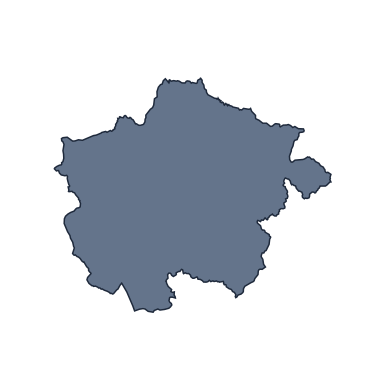 outline of Bealanana, Sofia, Madagascar, rotated 336°
{"feature_id": "10022922B56468572037030", "entity_name": "Bealanana", "entity_type": "district", "adm_level": 2, "iso_a3": "MDG", "parent_name": "Madagascar", "parent_adm1": "Sofia", "projection": "robinson", "projection_center": [48.911, -14.561], "detail": "fine", "context": "isolated", "style": "filled", "palette": "slate", "viewbox_px": 384, "rotation_deg": 336, "n_neighbors": 0, "source": "geoboundaries", "source_scale": "gbopen_adm2", "svg_char_len": 6000}
<svg xmlns="http://www.w3.org/2000/svg" viewBox="0 0 384 384"><g transform="rotate(336 192 192)"><path d="M57.9,199.6L58.4,201.5L58.8,201.9L59.8,202.0L60.8,204.3L61.8,205.2L62.8,207.3L63.3,210.2L64.2,211.9L64.8,211.9L65.4,217.4L66.4,219.8L65.6,221.7L65.9,223.3L66.6,224.7L66.5,225.5L61.9,227.6L60.3,229.5L60.7,233.6L62.5,237.0L63.4,237.3L63.7,238.2L65.5,238.7L67.2,240.6L67.6,241.7L68.8,242.1L69.5,243.8L70.6,244.1L71.9,246.0L74.2,248.2L75.9,250.4L76.0,251.4L77.1,251.8L78.1,253.0L79.1,252.9L83.4,250.8L84.8,250.6L88.3,247.9L90.7,246.7L91.8,256.8L91.6,271.9L91.2,277.3L96.4,277.7L99.8,278.6L101.5,279.8L103.4,283.2L107.6,286.0L109.3,284.9L113.2,285.0L114.7,286.8L119.1,288.1L123.5,288.8L125.6,288.2L127.6,287.0L127.8,285.4L126.9,283.8L126.8,281.9L128.6,279.4L129.6,279.3L131.3,280.1L133.7,282.1L134.0,281.0L133.8,278.7L135.2,276.1L133.4,275.8L132.2,274.4L133.7,272.8L131.8,268.6L131.7,264.8L132.1,263.5L131.8,262.9L133.2,261.7L135.0,261.0L136.1,257.6L137.8,256.7L139.0,257.2L139.6,258.6L139.5,259.7L140.6,261.6L143.5,261.3L144.3,260.7L144.5,259.5L145.1,259.3L147.8,259.2L148.6,259.7L150.9,258.4L151.7,259.1L151.8,259.5L151.0,262.5L151.1,263.2L152.8,263.0L154.2,264.5L155.8,265.1L156.8,267.4L156.5,269.0L157.5,271.0L158.7,271.6L161.9,271.6L162.2,272.0L162.0,274.1L164.1,275.3L165.4,277.2L166.0,279.0L168.3,280.1L170.0,280.4L171.9,279.7L172.7,281.5L175.0,281.7L175.7,282.7L178.3,283.3L178.8,284.3L180.1,284.9L180.4,285.5L184.2,286.4L184.2,287.3L183.6,288.6L183.8,289.9L184.5,289.9L185.3,290.7L184.8,292.5L186.6,295.5L188.1,296.8L188.6,298.4L188.5,299.3L189.9,301.0L190.3,303.7L189.0,305.1L189.0,306.3L190.2,306.2L192.2,304.9L195.3,305.2L197.3,304.6L198.3,304.0L199.7,301.3L201.9,299.6L209.0,298.8L211.4,298.8L212.6,298.4L214.1,296.7L218.7,294.3L220.5,291.0L221.6,290.2L222.8,290.2L224.7,291.2L228.6,290.4L228.0,287.2L229.3,282.3L228.9,279.2L229.7,277.9L231.3,276.2L232.8,276.9L234.5,275.6L235.9,275.6L241.1,271.2L243.8,266.7L245.4,265.4L245.5,264.8L244.8,263.8L245.2,262.2L242.5,258.6L242.7,257.1L242.3,256.1L240.9,255.5L240.4,254.0L240.9,250.7L239.2,247.2L239.3,246.0L239.7,245.2L240.6,244.7L242.6,246.9L244.0,245.8L245.6,246.8L248.2,245.4L249.0,247.6L249.5,248.0L250.1,247.8L250.6,246.8L252.5,246.1L253.1,245.5L256.5,244.9L256.7,246.1L257.9,247.6L259.2,248.2L260.2,247.4L262.2,247.3L262.9,245.7L264.1,245.2L264.5,243.8L266.6,243.4L268.5,244.4L270.2,244.4L270.9,243.3L271.0,240.5L271.5,239.4L274.0,238.9L274.4,238.6L274.7,236.4L276.5,236.5L277.8,235.0L278.1,233.7L278.0,231.9L279.0,231.3L279.5,230.0L279.0,226.5L279.3,225.0L278.5,224.4L277.9,223.2L278.5,222.3L280.2,221.6L280.0,220.1L280.3,219.2L282.4,217.3L283.0,217.2L284.6,219.0L285.6,219.6L286.2,222.1L285.8,224.2L286.0,226.0L287.0,226.0L287.9,227.6L289.1,228.6L288.8,231.1L289.8,234.6L290.6,234.9L292.3,236.9L292.0,239.6L291.1,240.3L290.8,241.9L291.8,243.9L293.0,243.7L294.5,244.7L296.5,244.9L297.6,243.8L298.6,241.8L301.7,240.9L303.3,241.7L303.9,242.9L304.7,242.9L306.2,241.7L307.4,241.5L308.5,240.5L309.9,240.1L311.4,238.7L316.3,240.8L317.8,240.6L322.0,239.0L323.0,239.3L323.0,236.6L323.8,236.1L324.1,234.7L326.1,232.4L324.1,229.2L323.0,229.2L322.2,228.3L322.0,227.3L322.5,225.4L322.1,224.4L322.1,222.8L320.1,220.2L319.6,217.3L317.2,214.5L316.5,211.7L316.0,211.1L314.6,210.8L313.5,207.9L312.5,207.7L312.0,207.0L308.2,207.6L306.5,207.4L299.0,204.8L296.0,205.6L294.8,205.0L294.4,202.2L295.6,198.9L299.4,194.9L300.1,193.5L303.0,191.0L305.6,187.4L307.0,186.6L309.4,186.9L311.0,185.2L312.4,184.3L313.3,182.2L314.4,181.4L317.4,182.3L318.7,182.3L319.4,181.5L319.5,179.7L314.9,177.4L312.6,174.0L310.3,174.1L309.1,171.4L307.4,169.5L305.7,169.3L302.6,168.0L299.1,168.4L298.9,167.5L299.5,166.2L299.2,165.4L296.2,163.6L295.1,163.6L292.1,164.5L290.4,164.0L288.1,159.5L284.6,157.9L282.4,153.7L280.1,151.1L280.1,150.3L281.2,147.8L279.3,142.6L279.5,139.5L278.6,139.8L277.3,139.4L273.1,136.6L270.8,137.3L269.8,136.5L268.7,136.4L268.5,134.4L263.8,130.9L263.3,129.8L261.3,128.1L261.2,127.2L259.8,127.6L260.0,126.5L259.3,126.5L258.9,124.9L256.9,125.8L256.7,125.2L257.1,124.0L256.8,122.9L256.1,122.7L256.1,122.1L255.1,122.3L254.8,121.8L254.9,121.2L254.4,121.0L254.5,120.6L255.4,120.2L254.7,119.6L254.7,118.9L254.1,118.9L254.0,117.0L253.5,117.6L253.1,117.1L252.6,117.3L252.4,116.5L250.7,115.5L246.1,109.6L245.8,106.8L246.5,104.7L245.6,103.1L245.5,101.9L246.3,99.1L245.8,96.0L246.7,94.0L246.0,90.9L246.0,91.6L245.2,92.1L243.3,92.1L242.6,92.4L241.1,94.4L240.0,94.5L236.8,92.1L235.6,92.2L235.0,90.0L233.1,88.7L231.9,88.5L230.0,89.6L227.5,88.4L226.8,87.8L225.5,85.7L224.1,84.5L222.8,84.4L220.6,82.8L218.0,82.3L217.3,80.5L216.4,80.6L215.9,82.3L215.3,82.9L213.7,77.7L211.1,78.6L208.6,81.3L206.9,81.1L203.9,82.6L200.8,86.1L198.9,90.9L195.6,91.6L192.4,97.0L190.3,98.9L187.6,99.5L181.1,103.0L180.1,105.4L178.8,106.4L177.5,108.8L175.2,110.5L172.0,110.1L170.5,109.4L169.0,107.1L168.1,106.8L167.6,102.2L166.5,100.6L166.3,99.3L165.7,98.6L164.6,99.1L163.5,98.3L162.9,97.5L162.7,95.9L162.0,94.9L161.0,95.0L159.4,96.2L157.6,95.0L156.8,93.9L156.4,93.9L156.1,94.7L154.7,95.0L154.1,94.6L153.9,95.7L152.7,96.6L152.8,97.2L151.6,97.8L150.8,98.7L149.8,99.0L149.3,100.4L147.2,102.1L147.3,102.9L145.7,103.2L145.3,103.0L144.7,103.6L143.3,103.8L142.4,102.6L138.6,102.9L137.8,101.6L133.8,100.9L132.8,101.2L127.7,101.1L125.0,100.4L112.9,100.2L109.5,98.1L106.0,97.8L103.7,97.0L100.3,91.2L96.2,89.9L94.5,90.1L93.8,92.3L94.5,93.6L94.4,96.5L90.9,101.8L90.1,105.1L88.6,109.0L86.4,111.8L84.8,112.2L84.3,113.6L83.7,114.0L81.6,113.6L78.8,113.7L76.4,114.2L75.7,114.8L76.7,117.6L78.5,117.9L78.8,118.3L78.6,120.8L79.5,123.2L82.5,125.5L84.3,125.8L84.6,127.1L83.5,129.0L83.0,131.5L82.5,135.0L82.7,136.7L82.1,137.3L80.9,137.0L80.3,140.1L79.4,141.3L79.8,141.7L82.7,142.6L83.2,144.0L84.4,144.9L84.6,147.2L85.9,151.5L85.3,152.8L86.1,154.2L85.6,154.9L85.5,157.1L83.8,160.1L82.1,160.4L80.5,159.9L79.0,160.2L76.4,161.5L72.9,161.3L69.6,161.7L66.6,162.7L64.5,164.6L62.4,168.8L62.2,177.7L62.8,182.1L62.2,184.8L62.6,189.4L61.7,193.6L61.8,195.2L57.9,199.6Z" fill="#64748b" stroke="#1e293b" stroke-width="1.5"/></g></svg>